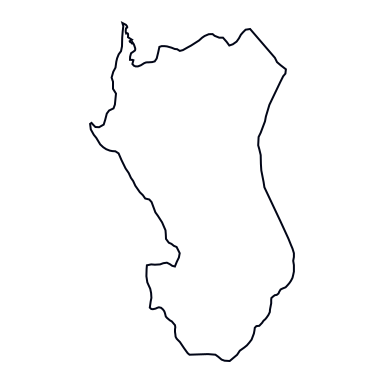 the district of Telang Usan, Sarawak, Malaysia
{"feature_id": "92858781B46981369874280", "entity_name": "Telang Usan", "entity_type": "district", "adm_level": 2, "iso_a3": "MYS", "parent_name": "Malaysia", "parent_adm1": "Sarawak", "projection": "equal_earth", "projection_center": [114.732, 3.333], "detail": "fine", "context": "isolated", "style": "outline", "palette": "ink", "viewbox_px": 384, "rotation_deg": 0, "n_neighbors": 0, "source": "geoboundaries", "source_scale": "gbopen_adm2", "svg_char_len": 3047}
<svg xmlns="http://www.w3.org/2000/svg" viewBox="0 0 384 384"><path d="M256.4,326.1L256.5,326.1L259.3,325.8L262.3,322.6L263.0,321.4L264.1,320.2L265.2,319.3L266.6,317.6L268.4,315.0L269.8,312.1L270.0,309.5L271.2,303.3L271.2,299.5L271.4,298.0L273.2,296.4L274.8,295.2L276.7,294.9L278.5,293.5L279.2,291.8L280.6,289.5L282.6,288.5L285.6,287.3L287.4,285.4L289.3,283.2L290.9,280.9L292.5,277.8L293.2,274.9L293.9,271.6L293.9,268.4L293.9,266.2L293.9,265.1L293.2,260.8L293.9,257.0L293.9,253.2L292.5,248.6L291.1,245.3L288.4,238.6L280.4,221.2L264.4,187.3L263.6,182.1L261.3,170.4L260.9,163.9L260.7,155.1L259.3,149.2L258.2,145.3L258.6,137.0L260.7,132.7L265.0,121.3L265.9,116.5L269.4,104.8L280.2,82.2L283.2,76.2L285.4,73.6L285.9,69.3L280.6,65.2L277.0,62.1L274.9,57.8L250.1,29.0L247.6,29.4L245.6,29.7L243.0,32.3L240.9,34.7L238.9,38.4L236.6,41.6L232.8,44.3L229.3,45.5L226.6,41.8L223.0,37.7L219.3,37.7L214.6,35.8L212.6,34.1L208.8,34.2L204.6,36.0L202.1,37.7L199.0,40.5L191.0,45.6L187.5,47.5L182.9,50.1L179.8,50.9L177.1,49.2L174.8,49.0L171.6,47.7L167.0,46.4L164.2,46.1L161.7,46.1L159.4,46.9L158.1,52.8L156.7,58.5L154.7,61.4L152.1,62.1L148.9,62.3L146.2,62.4L144.3,63.1L140.8,65.3L137.9,66.4L135.6,66.4L133.9,65.7L132.4,64.0L133.0,61.7L133.4,60.2L132.6,59.9L130.0,59.8L130.1,56.8L130.7,54.5L131.1,53.2L133.3,51.7L134.9,50.5L135.2,49.8L135.2,48.3L134.3,45.6L133.7,44.1L132.6,42.5L132.3,43.5L131.8,43.4L131.3,42.3L130.2,42.1L129.7,41.2L131.9,39.7L130.1,38.6L128.0,37.2L128.1,34.9L127.9,33.6L126.9,33.1L126.2,33.5L125.8,32.3L125.7,31.1L125.8,29.5L126.1,28.2L127.2,27.5L127.1,26.4L125.9,24.8L122.4,23.0L123.3,26.1L122.7,31.4L122.2,37.8L122.0,46.4L121.0,51.2L118.7,54.3L117.1,58.3L116.3,61.7L115.5,67.6L113.3,71.7L111.6,77.6L113.0,81.7L113.0,88.8L116.0,93.6L114.9,104.6L113.5,108.4L109.1,110.5L106.8,113.6L105.2,119.8L103.7,124.6L99.1,127.2L95.4,127.0L93.5,125.1L91.5,122.9L90.1,123.9L90.8,129.4L93.8,134.8L96.3,137.9L100.2,144.4L103.2,147.2L106.2,149.2L109.8,150.6L112.4,151.1L115.4,151.3L118.6,153.4L121.5,160.1L125.6,168.5L128.7,173.0L130.9,177.8L133.2,181.1L135.3,185.7L139.9,192.3L142.9,195.2L145.2,198.5L149.3,199.5L151.6,202.1L155.4,212.4L157.8,215.7L162.1,222.4L165.5,230.3L165.8,234.3L166.0,238.9L168.8,242.7L171.5,243.9L173.8,245.8L176.6,247.0L179.7,253.2L178.9,257.5L176.8,261.8L174.9,266.5L172.2,265.8L169.9,264.2L166.9,262.7L163.3,263.2L160.0,264.4L154.8,264.7L151.2,264.4L146.9,265.3L146.6,269.0L146.4,276.2L147.3,282.3L148.5,285.0L150.2,288.7L151.1,293.0L151.4,297.9L150.7,301.4L149.8,307.6L151.3,309.0L152.9,309.2L155.6,308.6L157.3,307.8L158.9,307.3L161.1,307.8L163.0,309.5L164.3,311.3L165.0,313.3L165.8,316.5L167.0,317.9L169.0,319.6L170.1,320.5L171.8,321.4L175.0,325.2L175.3,327.3L175.0,329.2L175.0,331.9L175.4,334.7L175.6,336.7L176.6,338.6L177.6,339.7L179.9,342.0L184.0,348.1L186.0,350.9L187.7,353.2L189.5,354.7L208.0,354.1L215.4,354.7L218.3,356.8L221.6,359.6L224.6,360.7L229.7,361.0L237.1,354.8L239.8,350.7L244.3,347.5L246.9,345.4L249.3,342.6L251.6,339.6L253.9,333.5L254.5,330.2L254.8,327.8L256.4,326.1Z" fill="none" stroke="#020617" stroke-width="2"/></svg>